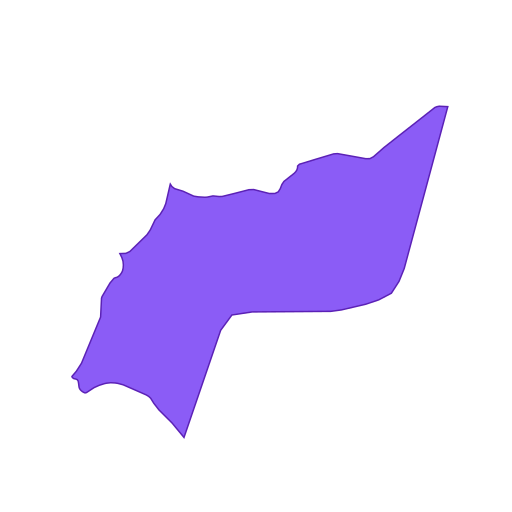 an SVG outline of El Oued, rotated 285°
{"feature_id": "DZA-2191", "entity_name": "El Oued", "entity_type": "Province", "adm_level": 1, "iso_a3": "DZA", "parent_name": "Algeria", "parent_adm1": "", "projection": "natural_earth1", "projection_center": [6.786, 33.25], "detail": "fine", "context": "isolated", "style": "filled", "palette": "violet", "viewbox_px": 512, "rotation_deg": 285, "n_neighbors": 0, "source": "natural_earth", "source_scale": "10m", "svg_char_len": 1505}
<svg xmlns="http://www.w3.org/2000/svg" viewBox="0 0 512 512"><g transform="rotate(285 256 256)"><path d="M319.6,237.1L319.8,252.7L321.3,258.1L323.7,260.9L327.3,262.0L331.8,262.5L335.3,263.7L345.9,271.6L347.8,272.6L349.7,273.2L351.8,273.3L353.7,272.9L355.9,274.2L365.0,288.8L374.7,304.5L376.0,308.2L377.4,324.7L378.4,336.8L379.5,340.7L379.6,340.9L382.3,343.8L394.0,351.6L409.4,363.1L429.5,378.2L445.7,390.3L447.0,392.0L448.1,394.2L449.9,402.6L282.2,402.4L268.5,400.7L255.1,396.4L245.4,385.9L237.9,374.6L226.0,352.4L221.9,342.6L201.0,266.8L192.8,248.0L175.1,241.1L62.1,233.4L73.0,218.1L82.2,202.1L87.3,195.4L91.4,191.0L92.6,188.7L93.4,186.0L97.2,161.1L97.2,155.4L96.9,152.8L96.0,148.5L94.4,144.4L93.4,142.5L90.5,138.0L87.0,133.7L80.3,127.7L79.8,127.0L79.5,126.2L79.7,124.7L80.1,123.3L80.8,121.8L81.5,120.7L82.5,119.7L83.6,119.0L87.5,117.4L89.3,116.5L90.3,115.3L90.5,113.7L90.4,111.8L91.0,110.2L91.6,109.6L91.9,109.4L92.3,109.5L98.2,112.3L107.3,115.2L156.8,121.7L175.3,117.7L177.0,117.8L192.2,122.0L197.7,124.6L198.6,125.7L199.3,127.0L200.3,128.1L201.8,129.2L203.6,130.0L205.0,130.5L207.0,130.9L210.0,130.8L213.0,130.2L216.5,128.9L219.8,126.8L223.1,123.9L224.9,129.7L227.7,133.0L248.3,145.2L253.7,147.1L264.9,149.2L271.3,152.6L277.8,154.6L283.2,155.3L303.2,154.6L303.3,154.6L301.3,156.8L300.0,160.0L299.7,168.7L297.7,180.4L298.2,185.0L299.5,191.4L300.2,193.5L302.9,198.9L303.9,205.0L304.8,208.0L310.8,218.9L318.2,232.0L319.6,236.6L319.6,237.1Z" fill="#8b5cf6" stroke="#5b21b6" stroke-width="1.5"/></g></svg>